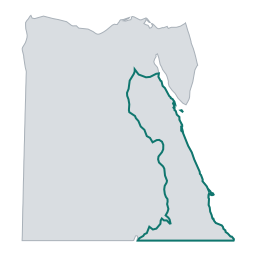 where Al Bahr al Ahmar sits in Egypt
{"feature_id": "EGY-1556", "entity_name": "Al Bahr al Ahmar", "entity_type": "Governorate", "adm_level": 1, "iso_a3": "EGY", "parent_name": "Egypt", "parent_adm1": "", "projection": "equal_earth", "projection_center": [33.554, 25.647], "detail": "medium", "context": "in_parent", "style": "outline", "palette": "teal", "viewbox_px": 256, "rotation_deg": 0, "n_neighbors": 0, "source": "natural_earth", "source_scale": "10m", "svg_char_len": 4778}
<svg xmlns="http://www.w3.org/2000/svg" viewBox="0 0 256 256"><path d="M233.4,240.6L227.5,240.6L221.7,240.6L215.9,240.6L210.1,240.6L204.2,240.6L198.4,240.6L192.6,240.6L186.7,240.6L180.9,240.6L175.1,240.6L169.3,240.6L163.4,240.6L157.6,240.6L151.8,240.6L145.9,240.6L140.1,240.6L136.8,240.6L137.4,238.5L137.7,237.0L137.3,236.0L136.2,235.7L135.5,236.0L133.7,240.5L132.8,240.6L130.7,240.6L123.9,240.6L117.1,240.6L110.4,240.6L103.6,240.6L96.8,240.6L90.0,240.6L83.2,240.6L76.4,240.6L69.6,240.6L62.9,240.6L56.1,240.6L49.3,240.6L42.5,240.6L35.7,240.6L28.9,240.6L22.1,240.6L22.3,235.3L22.4,229.9L22.5,224.6L22.6,219.3L22.7,213.9L22.8,208.6L23.0,203.3L23.1,198.0L23.2,192.7L23.3,187.3L23.4,182.0L23.6,176.8L23.7,171.5L23.8,166.2L23.9,160.9L24.1,155.6L24.2,150.4L24.3,145.1L24.5,139.8L24.6,134.6L24.7,129.3L24.9,124.1L25.0,118.9L25.1,113.6L25.3,108.4L25.4,103.2L25.6,98.0L25.7,92.8L25.8,87.6L26.0,82.4L26.1,77.2L26.3,72.0L26.2,71.0L25.3,67.5L24.6,63.1L23.8,57.6L23.7,55.8L22.3,50.2L22.2,48.6L22.6,47.4L25.4,42.7L26.2,40.4L27.0,37.6L27.2,35.4L26.6,32.0L25.8,28.9L25.6,25.7L25.6,22.6L26.9,20.5L28.6,18.6L29.2,17.4L30.2,16.0L30.9,15.4L32.1,18.1L34.7,18.6L43.5,16.1L53.1,18.6L58.4,19.6L66.6,21.7L71.5,25.4L72.8,25.9L76.4,25.8L78.7,28.1L88.1,29.1L93.1,31.6L95.9,33.6L97.6,34.2L99.1,34.1L101.1,33.3L103.7,31.9L106.5,30.0L112.4,25.1L114.5,24.2L115.8,24.5L117.4,24.4L118.1,23.1L119.0,22.1L119.5,21.1L120.4,19.9L123.4,19.5L129.5,17.4L128.8,18.4L123.3,20.8L125.6,21.1L128.1,20.3L130.8,19.7L131.3,18.7L131.7,16.8L132.2,16.5L134.1,16.9L139.7,19.8L141.1,19.9L145.1,18.3L146.0,17.9L147.3,18.8L150.2,22.5L149.2,22.4L146.0,19.3L145.7,20.9L143.9,23.6L146.2,24.8L148.0,25.3L149.0,26.8L149.6,28.2L151.4,27.6L152.7,25.7L152.0,24.7L151.5,23.6L152.1,23.6L153.4,24.4L156.9,28.0L158.2,28.7L159.5,28.6L162.5,27.6L163.3,27.8L167.2,26.4L167.6,27.4L168.3,28.4L171.4,27.3L176.4,27.3L180.4,26.2L185.1,23.4L185.5,22.9L185.7,23.6L186.3,25.5L187.7,30.4L189.0,34.2L190.5,39.5L191.0,41.5L191.2,43.0L193.4,48.8L194.8,53.6L195.8,57.5L197.1,63.2L197.7,65.2L196.8,66.2L194.9,70.0L192.8,81.8L189.9,91.1L189.6,96.9L189.1,99.0L187.7,101.9L186.0,104.8L183.0,103.3L178.0,98.2L175.1,93.4L172.1,90.3L169.1,86.2L168.3,83.2L168.4,81.3L167.1,76.7L166.2,74.5L162.6,69.6L161.6,67.0L160.9,65.8L160.1,64.2L158.8,57.8L157.4,53.8L155.8,54.9L156.1,56.6L154.7,58.9L153.8,61.7L154.5,63.9L157.4,67.3L157.9,68.8L158.6,72.0L158.5,76.4L159.0,77.9L161.1,81.1L161.9,83.1L162.4,84.7L163.1,86.3L165.2,89.1L168.3,94.5L171.3,98.2L173.4,99.9L174.3,101.7L174.5,106.3L174.4,108.5L176.2,112.6L176.9,114.7L178.8,116.4L179.6,118.3L180.4,121.5L181.5,130.8L183.1,133.1L188.0,145.4L192.2,153.2L194.2,159.1L197.3,166.2L203.3,181.8L206.9,186.7L208.4,189.4L211.0,191.5L213.8,194.5L211.1,194.2L210.4,194.4L209.5,194.9L209.1,196.8L208.9,198.3L209.2,206.2L210.0,210.3L212.4,218.0L214.2,220.3L215.0,221.8L216.2,222.9L221.9,225.6L225.2,231.1L232.6,238.2L233.3,240.1L233.4,240.6Z" fill="#d9dde1" stroke="#a8b0b8" stroke-width="1"/><path d="M233.6,240.6L137.9,240.6L139.2,238.3L143.3,235.9L144.4,234.2L146.8,233.1L149.3,226.7L152.9,229.5L156.4,228.6L160.4,223.8L160.7,220.5L161.8,218.5L163.9,220.4L166.8,220.4L169.8,223.6L170.5,223.4L169.6,219.5L168.4,217.7L165.6,215.4L167.5,212.0L168.4,208.9L167.1,204.1L167.6,201.8L167.5,199.1L165.9,196.9L164.8,193.9L164.2,189.4L164.7,185.9L166.6,182.6L167.0,180.7L165.0,175.5L164.3,168.7L163.1,166.4L159.0,162.5L158.1,159.3L158.5,156.5L162.0,152.1L163.2,149.3L163.3,144.9L162.0,141.7L159.2,139.9L156.7,140.1L152.6,142.3L150.0,137.9L146.8,136.1L144.4,129.8L140.7,126.5L138.4,121.0L135.9,118.2L135.0,116.0L129.3,112.2L128.9,110.2L129.3,104.3L128.5,99.3L127.2,95.9L127.0,92.9L128.6,88.9L129.7,80.6L133.8,73.9L134.7,71.5L134.7,69.3L138.6,74.5L146.0,77.3L150.1,76.9L156.2,73.8L158.9,73.4L158.4,76.8L160.5,80.7L161.5,81.3L162.6,85.9L164.9,88.0L169.2,96.0L170.7,97.4L170.8,98.2L172.5,99.0L174.4,101.7L175.1,104.2L173.3,102.9L173.0,103.5L173.9,105.1L174.5,104.9L174.1,106.1L175.1,107.6L174.5,106.7L174.5,107.3L174.0,106.8L173.4,107.6L174.6,109.3L174.5,110.1L175.8,111.1L176.8,114.6L179.4,117.0L179.4,119.8L182.2,125.0L182.2,126.4L181.3,126.6L181.2,130.7L182.5,131.7L188.2,145.9L191.8,152.4L194.2,159.4L199.7,171.7L199.9,173.8L201.0,175.0L202.7,179.5L202.5,181.2L206.8,186.4L208.6,190.5L208.8,189.7L210.3,191.3L210.6,192.6L213.0,193.4L213.9,195.4L213.2,194.7L212.0,195.2L210.5,194.7L209.0,193.6L208.5,195.0L208.4,197.8L209.0,198.8L208.6,205.0L209.7,207.4L210.2,211.7L211.6,215.0L212.4,218.3L213.6,219.8L212.9,218.4L213.4,218.6L214.0,220.7L215.8,223.0L221.8,225.4L223.0,227.0L223.4,228.8L225.4,230.4L225.6,232.0L227.8,233.5L230.5,236.5L231.8,236.6L233.8,238.9L233.9,239.8L233.6,240.6ZM181.6,110.2L183.1,112.2L180.7,110.4L181.6,110.2ZM181.4,127.5L181.8,127.5L182.3,129.4L182.0,129.1L181.4,127.5Z" fill="none" stroke="#0f766e" stroke-width="2"/></svg>